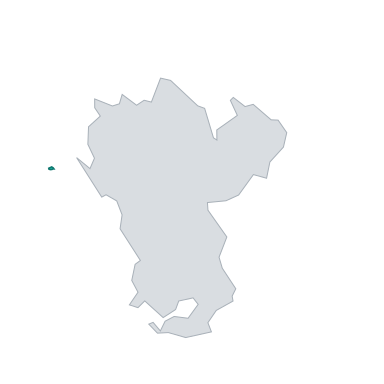 map of Grenada with Venezuela greyed out, rotated 239°
{"feature_id": "GRD", "entity_name": "Grenada", "entity_type": "country or territory", "adm_level": 0, "iso_a3": "GRD", "parent_name": "North America", "parent_adm1": "", "projection": "orthographic", "projection_center": [-61.703, 12.123], "detail": "fine", "context": "with_neighbors", "style": "filled", "palette": "teal", "viewbox_px": 384, "rotation_deg": 239, "n_neighbors": 1, "source": "natural_earth", "source_scale": "50m", "svg_char_len": 1182}
<svg xmlns="http://www.w3.org/2000/svg" viewBox="0 0 384 384"><g transform="rotate(239 192 192)"><path d="M290.0,203.5L305.8,223.7L298.7,231.1L262.9,241.3L257.2,245.9L227.4,238.3L223.7,240.1L232.4,245.2L234.3,270.3L250.8,272.1L251.8,276.1L237.9,281.5L235.6,289.6L213.1,297.0L209.3,302.8L194.1,303.8L183.4,293.5L177.6,274.2L165.4,263.0L175.3,253.6L165.4,230.4L167.0,216.6L175.0,199.8L168.2,196.3L135.5,198.7L122.2,181.6L111.1,178.7L86.5,179.7L82.1,172.8L77.4,171.0L78.0,151.8L71.8,138.3L62.1,136.6L70.5,111.6L83.7,99.3L88.8,89.7L101.0,86.9L100.3,91.5L89.2,93.3L95.1,102.4L94.5,112.6L85.8,123.6L92.5,139.4L100.7,138.4L105.4,124.5L99.7,117.4L99.2,102.6L123.0,95.4L120.7,86.1L127.5,80.2L133.9,94.1L147.2,94.8L159.3,106.0L159.9,112.5L197.5,111.4L208.4,120.3L223.1,122.9L233.9,116.9L234.1,112.0L280.9,110.8L264.6,116.6L271.2,125.8L286.5,127.3L301.2,136.9L304.3,152.5L314.3,152.0L321.9,156.5L306.7,168.1L305.0,175.2L311.6,182.4L294.9,189.2L295.3,198.2L290.0,203.5Z" fill="#d9dde1" stroke="#a8b0b8" stroke-width="1"/><path d="M284.1,85.5L282.8,85.6L283.3,84.8L283.4,83.6L284.1,82.1L285.2,81.1L286.2,81.4L285.8,84.7L284.1,85.5Z" fill="#14b8a6" stroke="#0f766e" stroke-width="1.5"/></g></svg>